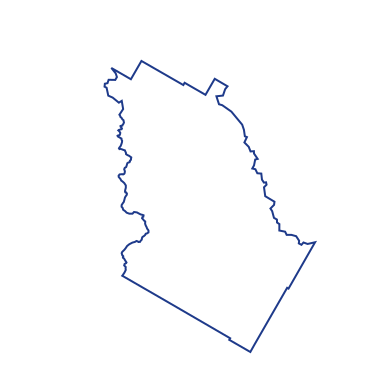 Meagher, Montana, United States of America, rotated 30°
{"feature_id": "52423323B38602256292378", "entity_name": "Meagher", "entity_type": "district", "adm_level": 2, "iso_a3": "USA", "parent_name": "United States of America", "parent_adm1": "Montana", "projection": "natural_earth1", "projection_center": [-111.14, 46.636], "detail": "fine", "context": "isolated", "style": "outline", "palette": "blue", "viewbox_px": 384, "rotation_deg": 30, "n_neighbors": 0, "source": "geoboundaries", "source_scale": "gbopen_adm2", "svg_char_len": 3042}
<svg xmlns="http://www.w3.org/2000/svg" viewBox="0 0 384 384"><g transform="rotate(30 192 192)"><path d="M322.5,301.4L322.4,292.6L322.3,227.4L323.9,227.4L323.7,174.0L318.1,179.2L313.8,180.0L313.2,183.0L310.2,183.1L309.2,180.7L304.3,178.2L299.6,179.4L295.4,181.8L292.5,179.8L286.9,181.7L283.7,176.1L280.9,175.9L279.3,173.4L275.9,173.4L271.0,168.5L268.2,167.1L269.5,162.1L268.3,159.2L257.5,159.0L252.0,151.9L252.9,148.4L251.3,146.6L249.6,147.9L246.4,146.3L242.8,141.4L239.2,143.1L235.5,140.6L232.5,141.5L232.4,137.9L230.5,132.3L232.3,130.5L226.5,127.7L225.2,125.7L222.4,127.6L218.5,124.5L212.6,122.9L212.1,117.0L209.9,117.3L205.9,112.2L201.8,108.6L185.9,102.7L174.8,101.7L171.5,102.5L165.3,96.9L170.6,93.0L169.3,86.4L169.9,82.7L155.1,82.6L155.1,101.1L131.0,101.1L131.0,103.7L82.7,103.8L82.7,124.9L60.1,124.9L66.6,127.4L69.5,130.0L69.5,133.3L63.7,136.5L64.4,140.0L62.4,141.8L63.6,144.5L65.9,144.4L71.3,150.4L76.1,149.9L84.0,151.2L85.6,148.2L90.9,154.6L90.5,161.4L91.3,161.7L92.7,162.9L93.5,162.9L94.3,163.2L95.2,163.8L96.8,164.1L97.7,165.2L98.3,165.8L98.5,167.1L98.4,168.7L98.2,169.0L98.2,169.4L98.3,169.5L98.0,169.8L97.7,170.1L97.1,170.5L97.4,171.1L97.9,171.3L99.0,171.7L99.6,172.1L99.6,172.9L99.0,173.3L98.1,174.4L97.6,174.8L97.4,175.5L98.0,175.6L99.1,176.0L100.2,176.5L100.7,177.6L100.9,178.7L100.4,179.4L99.6,180.1L99.4,180.6L100.1,181.0L100.9,181.0L102.5,181.0L104.2,181.0L104.8,181.9L105.9,182.6L106.5,184.0L107.0,186.3L107.2,187.9L106.9,189.9L106.9,190.7L107.7,191.1L108.1,190.6L109.8,190.1L111.2,189.9L113.1,189.5L113.9,190.2L115.0,190.9L116.0,192.2L117.7,192.3L119.3,192.1L119.9,192.2L121.1,192.3L122.1,192.4L122.4,193.2L122.5,193.6L123.0,194.6L122.6,196.0L123.0,196.6L123.0,197.5L122.2,198.2L121.6,199.4L122.2,201.8L122.5,203.3L121.7,204.7L121.9,206.2L123.5,207.6L124.2,209.3L124.2,210.2L123.5,211.3L122.7,211.4L120.5,213.0L120.3,214.6L121.0,215.6L123.7,216.6L125.0,217.5L126.4,217.6L128.8,218.1L131.4,219.4L132.6,221.5L133.0,223.1L133.4,224.3L133.9,225.3L134.7,225.7L135.3,225.3L136.5,226.0L136.9,227.1L136.7,228.9L136.7,230.3L137.3,232.4L137.9,234.8L137.7,236.2L137.6,238.5L138.4,240.0L139.8,240.4L141.3,241.8L143.7,242.0L145.7,242.6L148.6,242.1L151.3,240.5L151.8,238.3L154.6,237.2L156.2,237.2L158.7,237.1L160.8,236.5L161.7,236.4L162.2,237.8L161.6,238.6L161.9,239.7L163.8,240.3L164.6,240.7L166.2,240.9L166.8,242.0L167.1,242.7L167.9,243.5L168.9,244.3L170.2,245.1L171.5,246.2L172.9,246.7L173.7,247.3L174.5,248.8L173.7,250.4L172.8,251.3L172.9,252.7L172.4,254.2L171.6,255.7L171.7,256.9L172.3,258.4L171.9,260.0L171.9,261.2L170.6,262.1L169.7,261.9L168.4,262.2L167.5,263.8L165.7,265.6L163.8,268.6L162.8,271.2L162.6,274.1L162.3,276.0L161.7,278.1L161.5,279.1L161.7,280.2L162.4,280.8L163.2,281.6L163.9,281.7L164.6,282.0L164.8,282.5L164.7,283.0L165.2,283.5L166.0,283.5L166.8,283.8L168.5,284.8L169.8,285.4L170.5,285.8L170.5,286.5L169.6,288.0L170.0,289.5L172.1,290.1L172.8,291.6L173.6,292.6L173.8,295.4L173.6,298.7L173.5,299.4L186.7,299.4L226.6,299.4L298.2,299.6L298.2,301.4L322.5,301.4Z" fill="none" stroke="#1e3a8a" stroke-width="2"/></g></svg>